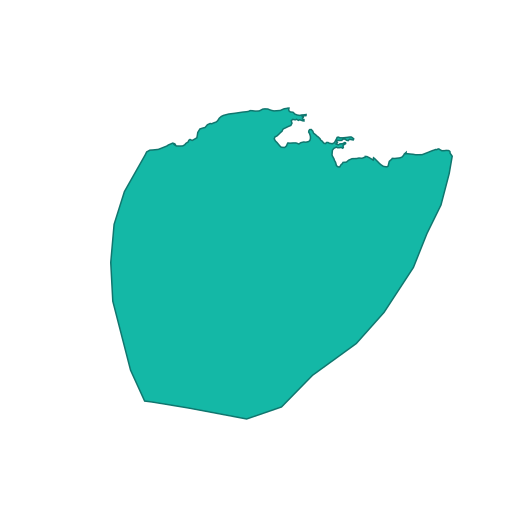 Hurghada 2, Al Bahr al Ahmar, Egypt, rotated 296°
{"feature_id": "37247803B98457599359411", "entity_name": "Hurghada 2", "entity_type": "district", "adm_level": 2, "iso_a3": "EGY", "parent_name": "Egypt", "parent_adm1": "Al Bahr al Ahmar", "projection": "mercator", "projection_center": [33.498, 27.742], "detail": "fine", "context": "isolated", "style": "filled", "palette": "teal", "viewbox_px": 512, "rotation_deg": 296, "n_neighbors": 0, "source": "geoboundaries", "source_scale": "gbopen_adm2", "svg_char_len": 3683}
<svg xmlns="http://www.w3.org/2000/svg" viewBox="0 0 512 512"><g transform="rotate(296 256 256)"><path d="M431.7,388.6L432.5,387.2L433.4,385.5L434.9,384.5L435.2,383.5L435.1,382.5L435.0,382.4L434.3,380.7L433.1,378.9L432.1,376.9L432.2,374.5L432.3,374.1L432.4,373.6L432.1,372.8L430.8,371.8L430.5,370.8L429.3,369.7L428.4,368.7L425.7,366.2L425.4,366.0L419.9,360.9L417.0,355.2L416.2,352.3L416.1,352.2L414.1,346.7L413.6,346.0L414.9,345.5L412.5,344.5L411.5,344.6L409.0,343.9L408.4,343.4L407.2,342.2L404.5,338.0L403.5,335.7L403.3,335.7L402.4,335.5L399.5,334.3L397.0,334.8L396.1,335.0L395.0,335.4L393.5,334.6L393.4,334.4L392.4,331.2L392.8,328.3L393.3,326.4L394.0,324.5L395.6,319.8L395.8,318.6L393.6,319.2L394.0,314.9L394.0,312.1L393.4,310.5L392.5,310.7L391.8,309.8L390.3,308.5L389.2,305.6L387.7,303.7L385.6,299.7L382.8,297.3L380.0,296.1L378.3,293.2L376.9,293.1L375.3,292.4L372.8,292.2L372.1,290.8L372.4,288.8L373.4,287.9L374.0,287.4L375.1,286.4L376.3,284.6L377.5,283.5L379.4,280.8L380.2,280.0L383.0,278.9L384.7,278.3L386.9,278.8L389.1,280.5L389.0,281.7L389.7,283.2L390.9,285.0L390.9,286.7L391.9,286.9L392.4,286.5L393.0,285.9L394.0,285.9L396.3,287.3L397.0,286.8L396.9,286.0L394.9,284.6L393.5,282.2L392.0,281.3L391.6,279.0L392.1,278.7L393.1,279.4L393.9,279.4L394.0,278.6L394.3,278.2L395.6,278.4L396.3,280.2L397.5,282.4L399.2,282.9L400.1,284.9L399.7,286.6L400.1,288.3L401.9,288.8L402.9,292.5L404.1,292.5L404.6,290.8L404.7,289.3L403.8,287.7L402.7,286.1L400.4,282.4L399.1,279.8L398.9,277.7L398.1,276.9L397.1,277.0L394.4,276.9L392.2,276.8L390.2,275.2L390.0,274.0L389.5,272.8L389.6,271.0L388.9,269.6L387.6,269.3L387.1,267.9L387.5,266.6L388.2,265.3L388.5,263.4L389.5,262.1L390.3,259.6L390.5,258.2L391.1,256.5L391.6,253.9L393.1,252.3L393.9,250.2L393.1,248.8L391.9,248.6L390.5,249.0L389.4,250.6L387.6,252.3L385.6,253.4L383.4,253.8L381.9,253.1L380.1,250.9L379.4,248.9L377.5,246.6L375.4,245.4L375.3,243.4L375.1,242.3L374.0,240.0L372.2,236.9L371.6,235.1L370.6,235.0L368.5,235.1L368.2,235.1L366.1,234.2L364.8,231.0L365.4,229.1L366.2,227.3L367.2,225.1L367.9,223.0L369.3,221.0L371.0,220.9L371.4,220.8L372.9,222.1L375.1,223.0L377.7,223.9L379.5,224.7L381.4,224.6L382.5,225.0L383.4,225.8L386.5,228.2L388.6,230.1L391.2,230.1L392.2,229.1L393.1,228.4L394.9,229.1L395.6,231.6L396.7,232.5L396.5,234.7L397.6,235.5L398.0,238.8L398.4,239.9L399.6,239.3L399.2,238.6L400.2,237.3L401.3,237.7L401.5,237.7L402.2,237.5L401.7,236.5L402.0,236.0L403.1,236.6L403.6,238.7L404.1,239.4L405.1,239.0L404.3,237.8L403.7,236.9L402.9,235.4L401.5,233.6L400.8,231.3L400.6,228.8L400.8,228.0L401.2,227.1L401.4,226.5L401.2,225.6L400.5,223.7L401.0,221.9L401.7,221.3L403.4,220.8L402.9,219.8L402.2,219.0L400.7,216.8L399.7,215.9L397.5,214.1L395.8,211.2L394.3,208.6L393.7,206.4L393.4,204.2L393.3,202.2L392.1,199.4L391.0,197.7L388.0,195.5L387.2,194.3L385.9,191.8L384.9,188.8L384.1,187.0L382.7,185.9L381.5,184.2L379.6,181.1L375.0,174.4L371.7,169.3L368.1,165.1L366.2,163.6L363.8,162.6L360.7,162.2L359.0,161.5L357.5,160.0L355.7,158.4L355.4,158.2L355.0,156.7L352.7,154.8L349.2,153.9L347.6,152.0L345.6,149.9L341.5,149.5L338.6,150.4L336.3,151.0L334.0,149.5L331.9,148.0L331.8,147.0L331.8,145.6L330.5,144.9L328.7,145.0L327.3,144.1L326.2,143.5L324.9,143.3L322.8,141.9L321.5,139.5L320.0,136.2L320.1,134.9L320.3,133.7L321.0,134.3L321.2,133.7L321.0,131.7L317.3,128.5L315.7,127.6L313.6,125.7L309.0,121.5L306.2,117.0L304.6,114.2L301.6,112.1L298.9,112.1L298.4,112.1L256.2,109.5L222.2,114.6L186.5,128.3L152.6,147.1L98.4,193.3L76.8,219.5L79.0,225.9L89.6,261.3L105.0,317.5L105.4,318.9L105.4,319.0L131.5,345.1L173.6,359.1L221.3,384.5L261.5,395.8L314.7,402.5L351.2,399.8L382.9,399.9L414.8,393.5L431.7,388.6Z" fill="#14b8a6" stroke="#0f766e" stroke-width="1.5"/></g></svg>